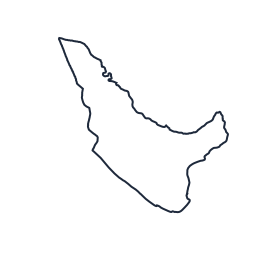 Cidade De Pemba, Cabo Delgado, Mozambique (Natural Earth projection), rotated 111°
{"feature_id": "85939544B58572468312701", "entity_name": "Cidade De Pemba", "entity_type": "district", "adm_level": 2, "iso_a3": "MOZ", "parent_name": "Mozambique", "parent_adm1": "Cabo Delgado", "projection": "natural_earth1", "projection_center": [40.514, -13.03], "detail": "fine", "context": "isolated", "style": "outline", "palette": "slate", "viewbox_px": 256, "rotation_deg": 111, "n_neighbors": 0, "source": "geoboundaries", "source_scale": "gbopen_adm2", "svg_char_len": 5677}
<svg xmlns="http://www.w3.org/2000/svg" viewBox="0 0 256 256"><g transform="rotate(111 128 128)"><path d="M68.6,224.4L69.5,224.4L70.1,224.0L70.7,223.2L71.5,222.5L72.6,221.4L73.2,221.0L74.2,220.0L74.6,219.3L75.5,218.8L76.2,217.9L76.9,217.5L77.7,216.5L78.5,216.0L79.1,215.3L79.9,214.8L80.7,214.0L82.5,212.4L83.1,212.0L83.9,211.1L85.8,209.3L86.5,209.0L87.1,208.2L89.6,205.7L90.3,205.2L90.7,204.3L91.4,203.9L91.8,203.3L92.6,202.6L93.2,201.7L93.9,201.3L94.3,200.5L95.1,200.1L95.4,199.3L96.0,199.0L96.6,198.4L97.2,197.7L98.6,196.6L98.9,195.8L99.6,195.4L100.4,194.8L101.0,194.0L102.1,193.6L103.5,192.3L104.8,191.6L105.0,190.9L105.2,190.7L105.3,190.5L107.5,184.2L111.7,183.4L112.2,183.1L113.6,182.7L113.8,182.5L116.1,182.0L118.3,180.5L120.3,178.9L122.0,177.0L122.8,174.5L123.1,171.4L124.1,170.7L124.4,170.6L127.6,168.6L128.3,168.3L129.2,168.1L129.8,168.0L131.0,167.8L132.4,167.5L133.1,167.5L133.8,167.3L134.5,167.3L135.5,167.1L136.3,167.1L137.5,166.9L138.4,166.8L139.0,166.6L139.5,166.2L140.2,166.2L141.0,165.9L141.8,165.4L142.6,164.7L143.5,164.0L143.9,163.1L145.2,159.3L145.5,158.3L145.7,157.6L145.9,156.6L146.5,154.8L146.7,153.9L147.6,152.9L148.2,152.7L149.4,152.3L150.3,152.1L150.9,151.8L151.7,151.8L153.8,152.2L155.3,152.7L155.9,152.7L156.8,152.8L158.2,152.8L159.1,152.9L159.8,152.9L160.4,153.2L161.7,153.0L162.3,151.3L165.7,142.8L171.8,131.8L175.3,124.3L177.5,118.4L177.7,117.3L177.8,117.0L178.0,116.0L178.3,115.0L178.6,113.9L178.8,112.1L180.1,107.8L181.6,103.7L182.4,100.0L182.5,99.7L182.6,99.0L183.7,95.8L185.0,93.0L185.0,92.9L185.0,92.7L185.1,92.4L186.1,90.1L187.8,86.1L189.1,81.8L189.9,78.7L190.6,76.0L190.8,74.7L190.8,73.7L190.6,73.3L190.4,73.1L190.1,73.3L189.9,73.3L189.8,72.8L189.8,72.0L189.8,71.8L189.9,70.6L190.5,68.7L190.8,66.3L191.0,62.3L191.1,60.7L191.1,58.5L191.0,57.8L190.8,57.3L189.9,56.7L189.7,56.0L189.7,55.4L189.7,54.4L189.3,53.6L189.1,52.8L188.8,51.6L188.2,50.4L187.4,49.5L186.4,48.7L184.9,47.9L183.7,47.4L182.1,46.7L178.6,45.3L175.5,44.4L174.3,44.2L173.2,44.5L172.8,45.3L172.8,46.2L172.5,47.3L171.6,48.0L170.9,48.6L170.0,49.2L168.8,49.1L168.9,49.3L167.4,49.5L165.2,50.0L164.1,50.1L162.1,50.5L160.8,50.6L159.9,50.6L159.1,50.7L157.8,50.9L156.9,51.1L155.8,51.8L153.1,53.6L151.0,55.5L150.0,56.1L148.9,56.5L147.9,56.8L146.0,57.5L143.9,57.5L141.3,56.7L140.2,56.0L138.6,54.9L137.0,53.5L134.7,51.0L133.6,49.7L132.6,48.5L131.8,47.0L130.9,45.8L130.1,45.1L129.2,45.1L128.5,45.5L128.0,46.0L127.3,46.3L126.6,46.2L125.6,45.6L124.6,45.1L123.6,44.3L123.1,43.9L122.2,43.5L121.4,43.5L120.5,43.5L119.5,43.1L118.6,42.7L117.9,42.3L117.2,41.8L116.2,41.1L115.7,40.5L114.8,38.6L114.2,37.6L113.4,36.7L112.7,36.0L111.8,35.8L111.1,35.7L109.1,34.3L108.2,33.8L107.8,33.6L106.6,32.5L105.6,31.9L104.8,31.6L103.7,31.6L100.9,32.1L98.5,32.3L97.8,32.6L97.3,33.4L96.9,34.1L96.5,35.0L95.5,35.7L95.0,36.2L94.5,36.6L94.2,37.2L93.6,38.1L92.8,38.6L91.8,38.8L89.6,39.1L88.9,39.4L88.1,39.5L87.3,40.4L87.2,41.0L86.9,42.0L86.5,42.5L85.8,42.6L85.3,42.8L85.0,43.2L84.4,43.4L83.8,43.6L83.5,43.7L83.4,43.8L82.6,44.3L82.2,45.2L82.0,45.5L81.8,45.9L80.9,46.8L80.3,47.3L80.1,47.8L80.1,48.3L80.4,48.6L80.8,48.8L81.0,48.9L81.3,49.2L81.5,49.5L81.6,50.1L81.6,50.5L81.9,50.8L82.5,51.1L83.2,51.3L84.3,51.3L84.9,51.5L85.2,51.5L85.9,51.8L86.2,51.8L87.0,51.9L88.8,51.9L89.7,51.9L90.5,52.2L90.9,52.4L91.8,53.0L93.1,54.2L93.6,54.7L94.1,55.2L94.8,55.9L95.5,56.4L96.4,56.7L97.4,57.2L98.3,57.5L98.8,57.9L99.4,58.4L99.8,58.7L100.0,59.0L100.7,59.5L101.4,59.8L103.6,61.1L104.3,61.6L105.1,62.0L106.3,62.4L107.0,62.8L107.5,63.3L108.0,63.8L108.2,64.4L108.3,65.0L108.6,65.3L109.3,66.0L109.6,66.5L109.8,66.7L110.0,67.0L110.4,67.5L110.6,68.1L110.9,68.8L111.4,69.5L111.8,69.8L112.1,70.7L112.7,71.8L112.7,72.5L113.0,73.3L113.4,74.0L113.4,74.9L113.2,75.6L113.2,76.3L113.4,77.0L113.8,77.8L114.1,78.9L114.2,79.5L114.2,80.7L114.3,81.9L114.9,83.7L114.9,85.4L114.8,86.5L114.6,87.7L114.6,88.5L114.4,88.7L113.9,89.0L113.4,89.4L113.2,90.5L113.1,90.9L112.8,91.4L112.6,91.7L112.5,92.3L112.5,92.7L112.1,93.1L112.0,93.3L113.7,94.0L114.1,94.6L114.4,95.8L114.5,97.4L114.4,101.3L114.0,102.4L113.2,103.1L113.0,103.5L112.8,105.3L112.8,106.8L112.7,108.0L112.5,109.0L111.9,110.0L111.6,111.3L111.7,112.5L111.9,113.2L112.3,113.8L112.5,115.2L112.0,116.3L111.5,116.9L110.8,118.1L110.4,118.5L109.8,119.4L109.5,120.4L109.7,121.6L110.0,122.6L110.2,123.8L110.0,125.5L108.6,127.9L107.8,128.9L107.3,129.9L106.9,130.7L106.0,131.6L104.4,132.4L102.6,132.7L101.4,133.2L100.0,134.4L99.4,135.5L98.3,137.3L97.7,138.3L96.9,138.9L94.9,140.2L94.1,140.9L93.8,142.4L94.0,143.4L94.2,144.7L94.0,145.9L93.9,147.7L93.9,148.5L93.1,149.9L92.7,150.2L92.5,150.8L92.2,151.7L91.9,151.8L91.7,152.4L91.7,153.1L92.0,153.9L91.7,154.5L90.6,155.2L90.0,155.0L89.9,157.0L89.9,158.5L90.1,160.1L90.8,162.3L90.6,163.1L90.2,163.4L89.7,163.4L89.1,163.0L88.7,161.8L87.6,161.1L86.6,161.6L85.8,162.4L84.4,162.9L83.9,163.2L83.5,164.1L83.4,164.7L83.8,165.3L84.3,165.6L85.2,165.3L86.2,165.1L86.8,165.8L87.3,166.9L88.0,167.9L88.0,169.0L87.6,170.1L86.6,170.7L85.5,170.7L84.3,168.9L83.1,168.8L82.6,169.3L82.0,169.9L80.4,171.0L80.0,171.7L79.8,172.4L79.7,172.9L80.0,173.6L80.1,174.2L79.6,174.7L78.8,174.8L78.3,175.4L77.6,175.7L76.6,176.0L76.1,176.5L75.5,177.4L74.6,177.8L74.4,180.1L74.4,181.0L74.3,182.3L74.0,184.0L74.0,184.8L73.8,185.6L73.5,186.3L73.0,187.6L72.8,188.6L72.2,189.3L71.7,190.0L68.8,192.7L68.2,193.5L67.7,194.5L66.9,195.4L66.5,196.6L65.2,198.9L65.2,199.6L65.0,201.2L65.0,201.9L64.9,202.6L64.9,203.5L65.1,204.4L65.4,205.1L65.4,206.0L65.6,206.9L65.9,207.7L65.9,208.4L66.2,209.2L66.4,210.9L66.4,211.6L66.7,212.3L67.0,213.0L67.0,213.7L67.2,214.5L67.5,215.3L67.5,216.1L68.0,217.7L68.0,218.5L68.1,219.2L68.1,221.7L68.2,222.6L68.4,223.5L68.6,224.4Z" fill="none" stroke="#1e293b" stroke-width="2"/></g></svg>